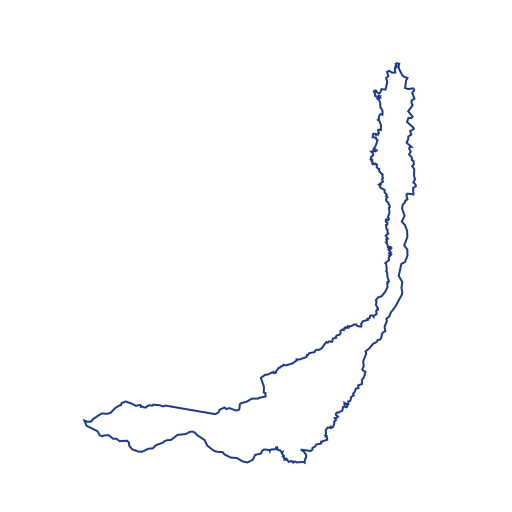 the district of Restrepo, Meta, Colombia, rotated 277°
{"feature_id": "7082276B24108875707183", "entity_name": "Restrepo", "entity_type": "district", "adm_level": 2, "iso_a3": "COL", "parent_name": "Colombia", "parent_adm1": "Meta", "projection": "robinson", "projection_center": [-73.4, 4.296], "detail": "fine", "context": "isolated", "style": "outline", "palette": "blue", "viewbox_px": 512, "rotation_deg": 277, "n_neighbors": 0, "source": "geoboundaries", "source_scale": "gbopen_adm2", "svg_char_len": 6035}
<svg xmlns="http://www.w3.org/2000/svg" viewBox="0 0 512 512"><g transform="rotate(277 256 256)"><path d="M71.8,105.7L66.9,108.5L62.8,119.9L59.0,122.8L58.3,125.4L59.2,126.5L60.2,131.4L57.1,136.8L57.7,139.4L55.6,143.2L56.9,150.5L55.4,152.6L51.9,153.5L49.0,156.8L47.5,163.4L47.9,167.0L51.6,172.6L52.5,177.1L56.0,179.7L59.4,186.3L61.3,188.0L62.6,191.1L62.9,193.8L68.9,200.0L70.7,208.0L73.1,211.2L74.0,214.2L73.4,216.6L70.8,219.8L67.1,227.4L61.9,230.7L57.7,237.7L57.0,240.3L57.2,247.0L55.3,248.7L52.9,255.3L53.1,261.7L50.5,267.8L50.0,272.6L53.4,277.7L58.4,279.3L60.6,285.1L63.3,285.8L65.0,287.7L65.0,293.2L64.3,293.5L65.3,293.7L65.9,295.0L66.7,299.3L68.2,299.2L68.8,300.1L66.1,301.5L66.1,303.6L64.2,305.6L64.6,306.2L63.0,305.8L61.3,307.4L60.7,307.2L60.9,308.0L58.7,308.3L58.5,310.5L57.3,309.6L57.5,312.0L55.6,313.5L56.8,315.6L56.2,316.6L56.6,317.6L55.5,318.3L56.8,319.8L56.1,321.8L57.4,328.0L56.7,329.5L60.0,329.4L62.3,330.4L64.6,330.1L67.9,327.0L69.3,324.0L69.1,334.0L70.7,335.6L72.5,335.5L74.1,337.9L76.3,338.8L77.6,343.2L79.6,343.3L79.4,344.2L80.4,344.9L82.2,349.1L84.7,348.5L85.1,347.3L86.1,347.9L86.5,346.6L88.2,347.2L91.8,346.4L94.5,348.2L94.4,349.4L95.7,350.9L94.4,351.3L95.5,353.3L99.6,354.2L101.1,353.7L102.9,355.4L104.8,354.0L105.2,355.8L106.6,357.0L107.9,354.8L109.1,354.4L110.8,356.0L110.9,357.3L113.2,360.6L116.6,360.7L117.5,362.1L116.7,363.8L117.1,364.6L118.6,365.1L119.6,363.8L119.5,361.9L121.1,361.6L120.0,364.0L120.4,365.8L122.8,365.2L123.7,367.2L127.9,367.8L129.6,370.0L131.1,369.1L133.5,370.8L135.5,370.9L136.7,371.6L137.3,373.8L140.0,373.1L141.9,376.8L145.9,376.2L148.6,377.9L154.3,378.8L155.7,375.7L156.5,375.3L159.9,376.4L164.4,375.2L172.6,377.3L174.7,376.4L178.0,379.7L183.0,382.8L185.5,386.3L187.5,387.1L188.0,389.2L189.3,390.1L195.1,390.9L197.2,393.5L201.7,392.2L207.2,393.9L209.6,393.0L212.1,395.5L216.3,396.7L223.2,400.7L235.5,405.5L237.8,405.6L242.4,404.2L248.0,404.4L253.6,400.1L265.8,401.2L268.2,404.6L274.9,406.3L280.8,405.4L284.6,401.8L293.3,403.9L299.5,402.9L304.7,400.1L308.0,396.5L314.0,398.5L321.3,395.1L324.9,395.5L327.5,397.4L329.1,397.4L330.6,399.4L335.1,397.8L336.4,398.9L336.3,404.8L342.4,403.6L344.9,406.2L346.6,405.5L348.2,403.2L351.6,404.5L354.8,403.1L361.5,402.5L364.2,400.0L366.2,401.5L369.8,400.6L370.1,399.1L372.9,398.6L375.5,395.5L378.4,396.9L381.4,394.8L382.5,395.2L383.1,397.1L386.9,391.6L390.5,392.9L393.2,392.6L395.5,395.4L398.7,393.7L401.4,397.2L402.7,396.4L407.5,389.5L411.8,390.6L411.7,393.3L413.3,394.5L418.2,389.4L424.6,393.1L426.8,391.7L429.3,391.5L431.4,394.1L437.2,391.1L439.2,392.7L440.5,392.7L441.6,391.4L440.2,386.8L440.9,383.5L448.7,383.6L451.1,384.7L452.1,380.7L453.6,378.9L459.1,375.2L461.8,374.4L464.3,374.7L464.5,372.4L463.7,371.2L461.9,372.4L461.3,371.4L460.2,372.3L459.8,371.1L458.8,371.0L455.1,371.9L454.6,368.6L456.1,365.7L454.7,363.6L450.7,365.4L448.6,363.5L444.6,365.1L437.0,364.3L436.9,360.2L433.5,359.5L432.2,358.3L433.7,355.2L434.7,355.2L434.9,354.3L433.8,352.8L432.0,354.2L429.2,354.9L428.9,357.6L429.9,358.2L429.8,359.8L428.8,359.4L428.3,360.0L427.0,357.3L425.7,359.3L422.6,360.8L419.2,361.1L415.7,363.8L414.2,364.1L411.7,364.2L412.2,363.0L411.4,361.8L409.3,361.0L407.1,361.4L406.0,360.4L405.2,361.9L401.2,364.1L396.2,364.6L396.5,362.7L395.9,361.8L392.7,363.0L392.2,362.1L391.3,362.1L391.8,361.3L390.7,360.3L391.7,359.5L391.8,358.0L391.2,357.3L388.1,357.3L388.0,360.7L387.0,360.9L385.7,362.6L379.1,361.1L377.0,359.8L375.6,362.9L374.3,361.6L374.8,359.4L373.9,359.3L373.6,357.7L372.2,359.5L370.5,360.1L367.9,358.0L366.4,358.8L365.8,358.2L365.3,359.7L364.0,359.2L363.1,360.5L361.9,360.1L361.3,360.7L361.5,362.5L362.3,362.9L361.5,364.9L359.0,364.9L357.9,366.0L357.5,367.6L355.0,368.0L352.0,371.9L350.3,371.7L348.9,372.6L347.6,371.7L345.3,373.0L342.1,369.5L341.9,370.9L340.6,370.1L338.8,371.5L337.2,375.7L335.0,375.8L332.5,378.5L331.2,377.8L330.2,379.3L328.4,378.1L326.3,378.8L325.2,380.7L322.1,382.5L320.8,382.8L319.9,382.0L315.4,383.2L310.8,382.2L309.1,383.5L307.9,383.0L308.1,381.9L307.4,381.4L308.1,380.7L307.5,380.4L305.7,380.8L304.9,383.1L304.9,382.3L303.2,382.4L302.7,381.2L298.5,382.3L298.1,383.4L295.1,383.7L294.4,384.6L292.1,382.3L289.2,384.7L288.6,383.3L286.2,384.3L285.4,383.3L283.6,385.0L280.6,385.9L280.3,386.9L281.2,386.5L281.5,387.8L281.1,388.9L279.2,387.2L279.2,388.6L278.0,387.4L276.7,388.8L275.2,388.0L275.3,389.4L273.4,388.3L273.5,389.7L270.7,387.9L268.1,388.5L264.7,385.2L264.2,386.0L259.3,387.4L256.6,387.1L255.9,388.1L250.6,389.2L247.4,391.0L246.4,389.7L245.4,390.4L244.9,389.6L241.0,390.3L236.3,388.6L231.4,385.6L230.0,382.5L226.6,380.3L225.4,381.2L222.2,380.9L218.8,383.5L217.6,383.5L217.7,382.7L216.1,382.0L213.1,382.8L210.8,380.0L210.1,380.1L211.1,378.9L211.0,377.1L210.2,376.4L208.2,376.4L207.2,374.3L206.3,374.9L204.2,370.0L201.3,368.6L199.6,369.3L198.6,368.7L198.9,365.0L200.3,363.7L199.9,361.5L197.8,358.9L197.8,357.6L196.5,356.8L197.2,356.1L196.4,356.0L196.8,355.4L195.9,354.9L196.3,353.8L195.8,353.0L195.2,353.7L194.3,352.2L193.1,352.1L193.6,350.8L192.0,348.9L190.3,349.4L188.1,348.7L187.0,345.9L186.0,345.1L186.4,344.7L184.7,345.6L183.4,342.4L180.1,342.0L180.1,338.8L178.7,337.8L179.2,336.3L172.0,332.2L170.4,329.5L170.3,327.6L169.3,326.3L167.8,325.9L166.0,320.6L164.3,319.9L163.9,318.6L161.9,318.5L158.6,311.9L158.4,308.9L157.5,309.3L153.7,305.1L151.1,299.0L151.4,296.4L149.9,295.8L149.4,294.2L147.9,293.2L147.9,292.2L143.8,289.9L142.8,290.1L142.2,289.0L142.8,288.0L142.1,288.1L142.5,286.3L139.7,281.9L139.2,279.6L135.7,275.7L127.1,279.8L121.4,280.4L121.2,282.0L117.7,282.6L115.5,276.2L114.7,275.4L113.9,269.2L110.1,264.3L108.4,259.7L107.0,258.1L101.8,258.1L100.9,257.2L100.2,254.9L101.8,248.0L100.4,245.3L101.8,243.2L99.0,238.6L96.6,238.1L94.6,235.8L94.1,234.0L96.5,184.4L95.4,182.3L96.1,178.7L95.9,172.1L94.9,171.6L94.8,168.1L93.2,165.7L92.3,165.5L92.1,163.1L92.7,161.1L92.3,160.1L93.3,160.1L94.1,158.9L92.6,155.0L94.4,150.6L95.7,144.2L93.4,140.4L91.5,140.2L91.0,138.6L87.7,134.6L82.6,130.8L81.1,127.0L81.1,123.1L80.4,121.3L74.3,114.2L71.6,112.6L70.9,109.2L71.8,105.7Z" fill="none" stroke="#1e3a8a" stroke-width="2"/></g></svg>